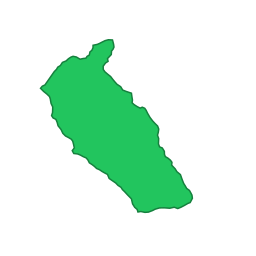 the district of Nova Aliança, São Paulo, Brazil, rotated 126°
{"feature_id": "56859067B34710336323608", "entity_name": "Nova Aliança", "entity_type": "district", "adm_level": 2, "iso_a3": "BRA", "parent_name": "Brazil", "parent_adm1": "São Paulo", "projection": "natural_earth1", "projection_center": [-49.522, -21.052], "detail": "fine", "context": "isolated", "style": "filled", "palette": "green", "viewbox_px": 256, "rotation_deg": 126, "n_neighbors": 0, "source": "geoboundaries", "source_scale": "gbopen_adm2", "svg_char_len": 1937}
<svg xmlns="http://www.w3.org/2000/svg" viewBox="0 0 256 256"><g transform="rotate(126 128 128)"><path d="M147.0,34.6L144.7,36.8L143.5,39.2L142.4,41.6L142.4,45.0L141.1,47.9L140.1,50.4L137.8,54.0L134.9,58.2L134.6,62.8L133.3,65.9L132.4,70.8L129.9,72.3L129.1,74.8L128.9,77.9L129.2,81.0L127.9,83.0L125.5,84.9L124.0,88.5L124.7,91.4L123.0,94.0L118.5,97.0L116.5,99.9L113.8,100.9L110.8,102.5L109.0,105.2L108.5,108.6L107.8,112.2L106.5,116.5L104.6,120.8L103.0,123.8L102.2,126.1L102.8,128.7L104.8,129.9L105.3,133.2L105.5,136.9L105.2,139.5L102.8,140.8L100.4,143.2L97.8,145.7L99.5,151.0L100.4,154.6L98.9,158.2L99.1,162.7L98.3,166.2L97.6,168.9L96.6,172.2L96.4,176.4L96.1,179.8L95.2,182.4L92.6,184.4L88.6,184.4L85.8,183.3L83.9,185.4L80.9,185.0L78.4,184.7L75.3,186.6L73.2,186.4L70.8,186.9L68.7,188.9L65.9,192.3L68.1,195.7L70.8,197.9L74.2,199.7L76.4,200.8L78.4,202.0L81.6,204.9L83.6,203.5L86.4,202.9L88.8,203.5L91.7,202.2L94.1,203.2L96.3,203.1L98.1,205.1L100.5,207.2L100.9,211.5L102.3,214.6L104.3,215.9L107.0,216.9L110.1,217.5L113.5,219.6L117.2,219.4L120.1,220.6L122.5,220.3L125.6,220.8L142.0,220.5L144.5,221.9L147.3,222.1L148.0,217.8L148.2,213.7L148.7,210.1L150.1,208.0L151.7,206.4L153.4,204.6L155.2,201.3L157.8,199.5L159.9,198.1L162.9,197.1L163.9,194.5L163.4,191.4L165.1,188.6L167.3,185.9L168.6,181.2L170.6,177.6L171.2,173.9L170.7,170.6L170.4,167.2L171.2,164.9L173.1,162.6L175.7,159.7L179.1,159.8L180.5,156.9L178.6,153.5L177.9,150.6L177.5,147.4L176.8,144.3L177.4,141.7L178.9,138.8L178.7,135.5L178.8,132.6L179.2,129.6L178.5,126.5L178.4,123.4L178.1,120.6L177.6,117.3L179.9,113.6L179.8,109.0L179.7,105.7L180.3,102.3L180.1,98.8L181.1,96.3L181.5,93.4L182.4,88.9L183.3,83.6L186.7,79.7L188.2,76.0L188.5,72.7L190.1,70.6L188.0,68.5L186.3,64.7L184.0,62.0L180.3,59.6L177.7,58.3L174.1,55.5L171.3,51.8L168.3,47.0L164.9,44.0L163.9,40.4L161.0,38.6L157.6,36.9L153.8,35.2L151.8,33.9L149.6,34.2L147.0,34.6Z" fill="#22c55e" stroke="#15803d" stroke-width="1.5"/></g></svg>